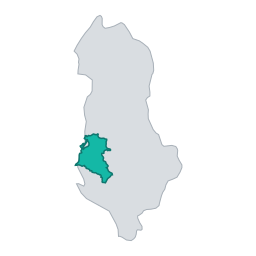 Fier highlighted on a map of Albania
{"feature_id": "ALB-1495", "entity_name": "Fier", "entity_type": "County", "adm_level": 1, "iso_a3": "ALB", "parent_name": "Albania", "parent_adm1": "", "projection": "robinson", "projection_center": [19.627, 40.746], "detail": "fine", "context": "in_parent", "style": "filled", "palette": "teal", "viewbox_px": 256, "rotation_deg": 0, "n_neighbors": 0, "source": "natural_earth", "source_scale": "10m", "svg_char_len": 4572}
<svg xmlns="http://www.w3.org/2000/svg" viewBox="0 0 256 256"><path d="M77.9,73.9L78.1,70.2L79.0,64.2L78.5,62.3L79.0,58.9L77.2,54.3L74.1,51.1L77.1,45.3L81.4,38.4L85.4,32.8L90.3,27.1L93.5,21.6L97.0,16.8L100.0,15.4L101.4,16.4L102.2,18.4L102.1,24.6L103.1,26.7L105.1,28.3L109.5,27.5L114.3,26.0L120.8,22.7L122.0,22.9L124.4,24.6L129.4,32.1L132.8,38.6L139.4,40.9L143.0,43.4L147.8,47.3L150.1,51.2L153.3,63.1L153.7,70.3L152.8,73.6L152.0,74.4L149.1,86.1L149.9,92.1L149.9,96.0L147.4,97.6L145.7,100.0L148.4,109.8L148.1,114.0L148.3,118.7L153.2,129.6L156.0,133.0L158.6,134.6L161.9,144.6L163.9,146.3L171.8,145.4L175.8,146.5L177.3,148.9L177.7,150.5L177.2,156.1L179.2,160.4L181.9,164.9L181.9,167.6L180.1,172.0L177.0,177.2L172.7,179.2L168.1,180.9L165.9,184.9L164.8,189.2L162.7,192.4L161.4,195.9L159.5,203.0L159.0,205.6L155.9,208.2L151.0,209.2L146.6,209.5L143.6,210.7L142.1,213.1L139.3,215.1L137.6,215.9L137.7,218.1L139.7,222.7L142.0,226.4L142.1,229.3L141.0,230.2L137.4,229.8L136.6,230.9L136.2,234.2L135.3,237.0L133.8,238.8L131.2,240.6L126.5,240.0L122.1,237.2L119.8,236.3L118.5,236.4L118.1,229.5L116.2,224.1L109.2,211.1L86.5,198.6L81.2,193.0L78.8,188.3L76.5,183.8L78.7,183.7L80.9,184.8L83.8,186.1L84.9,183.9L83.7,179.0L77.9,167.6L77.4,164.5L80.3,155.0L85.1,144.2L84.8,131.3L86.3,121.5L84.6,115.1L83.9,107.3L87.3,96.9L90.3,94.4L92.1,91.1L92.3,80.0L85.6,74.9L77.9,73.9Z" fill="#d9dde1" stroke="#a8b0b8" stroke-width="1"/><path d="M75.4,165.3L75.7,164.4L76.5,163.7L77.5,163.0L78.3,162.2L78.9,161.0L79.1,159.8L79.2,155.3L79.4,154.1L79.9,153.3L81.1,153.0L81.7,152.7L81.6,152.1L81.1,151.3L80.9,150.9L81.2,150.3L81.6,149.7L82.0,149.2L81.7,148.2L80.8,147.1L80.2,146.1L80.7,145.7L81.6,145.4L82.8,143.8L83.8,143.1L83.0,144.0L83.5,145.7L83.0,147.2L83.0,148.8L83.5,148.8L83.6,147.8L83.6,148.0L83.8,148.8L84.6,147.8L87.9,146.4L88.9,145.2L89.0,143.3L88.4,141.9L87.6,140.5L87.2,139.0L87.0,141.0L86.2,142.7L84.6,144.9L84.6,144.6L84.3,144.2L84.9,143.5L85.6,142.5L86.1,141.1L85.9,139.5L85.6,139.2L84.6,138.8L84.3,138.5L85.0,136.9L85.3,136.7L85.5,136.7L85.8,136.6L85.8,136.3L85.7,136.1L85.5,135.7L86.0,135.6L86.4,135.8L86.9,136.5L87.3,136.6L87.6,136.5L87.8,136.2L88.1,135.7L88.4,135.5L88.7,135.5L89.0,135.6L89.3,135.7L90.2,135.7L90.8,135.6L91.3,135.4L92.4,134.6L93.0,134.2L93.5,134.0L94.1,134.3L94.6,134.3L94.8,134.5L95.4,134.5L95.6,134.6L96.0,134.8L96.4,134.7L97.4,134.1L97.8,133.9L98.0,134.0L98.2,134.3L98.0,135.0L97.9,135.4L97.9,135.7L98.0,136.2L98.3,136.9L98.8,137.5L99.7,138.0L101.2,138.4L103.4,138.2L104.1,138.3L104.7,138.8L105.1,139.0L105.6,139.0L105.9,139.0L106.7,139.3L106.6,140.7L106.1,141.6L106.1,141.8L106.2,143.6L106.2,144.0L106.0,145.3L106.0,145.8L106.0,146.2L106.1,146.6L106.7,147.7L107.2,148.2L107.6,148.5L110.1,149.1L110.4,149.5L110.5,149.7L110.6,150.0L110.4,150.3L110.2,150.5L108.2,150.4L107.6,150.6L107.3,150.3L107.0,149.9L106.9,149.7L106.7,149.7L106.0,150.0L105.1,150.3L104.6,150.5L104.4,150.7L104.2,151.1L103.9,151.6L103.9,151.8L104.0,152.0L103.8,152.5L103.7,152.8L103.8,153.1L103.8,153.3L103.5,153.4L103.2,153.3L101.8,153.4L101.7,154.1L101.7,154.5L101.8,155.0L102.2,155.7L103.3,157.1L103.5,157.6L103.5,158.3L103.2,159.1L103.1,159.3L103.1,159.6L103.2,160.2L103.3,160.5L103.5,160.8L104.3,161.2L104.8,161.4L105.4,161.7L105.7,162.0L106.1,163.5L107.7,165.3L108.1,165.9L107.9,166.6L107.4,167.1L107.0,167.4L106.6,167.6L106.4,167.7L106.5,167.8L106.8,167.8L107.1,168.0L107.4,168.5L108.3,170.8L109.0,171.6L110.5,172.6L111.3,172.9L111.9,173.2L112.1,173.4L112.4,174.8L111.6,174.9L111.3,175.0L111.0,175.4L110.6,176.1L110.2,176.6L109.8,177.0L107.9,178.4L107.5,178.9L105.7,182.3L105.5,182.6L105.4,182.8L104.5,182.6L103.7,182.4L103.1,182.5L102.6,182.4L102.2,182.1L102.1,181.8L102.1,181.5L102.2,181.2L102.3,180.8L102.3,180.4L102.1,179.6L102.1,179.4L102.2,179.1L102.3,178.4L102.3,177.9L102.1,177.7L101.9,177.5L101.0,177.4L100.9,177.3L100.9,177.1L101.0,177.1L101.1,176.7L101.2,176.4L101.1,175.7L100.9,175.3L100.5,174.8L100.2,174.7L99.8,174.7L99.7,174.8L99.5,174.7L99.2,174.6L98.8,174.3L98.5,174.1L98.3,174.1L98.0,174.1L97.8,174.1L97.4,173.9L95.6,172.7L94.5,172.8L93.6,172.6L93.2,172.4L92.6,172.4L92.3,172.3L92.1,172.2L91.9,171.5L91.8,171.2L91.8,170.9L91.6,170.8L91.4,170.7L91.1,170.7L90.6,170.9L90.2,170.9L89.9,170.8L89.8,170.5L89.7,170.3L89.7,170.1L89.7,169.9L89.5,169.6L89.2,169.4L87.7,168.7L87.1,168.5L86.6,168.5L86.2,168.3L86.1,168.0L86.2,167.7L86.1,167.4L85.9,167.1L85.2,166.7L84.8,166.5L84.6,166.2L84.6,165.8L84.6,165.6L84.4,165.5L84.1,165.5L82.6,166.1L82.0,166.2L81.0,165.6L79.7,165.1L78.9,164.9L78.0,164.9L77.0,165.2L75.4,165.3L75.4,165.3Z" fill="#14b8a6" stroke="#0f766e" stroke-width="1.5"/></svg>